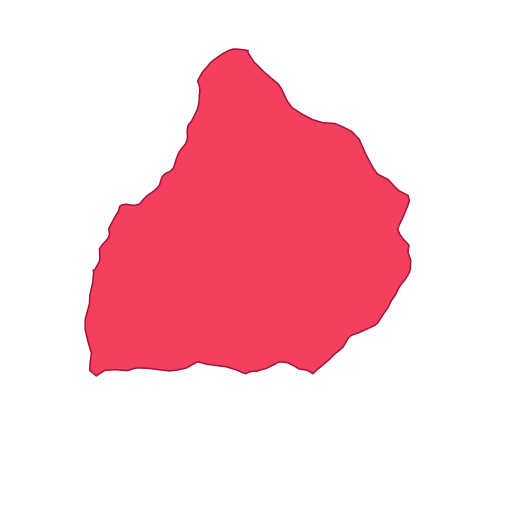 outline of Tsenkhar, Lhuntshi, Bhutan, rotated 27°
{"feature_id": "84629894B20725193756290", "entity_name": "Tsenkhar", "entity_type": "district", "adm_level": 2, "iso_a3": "BTN", "parent_name": "Bhutan", "parent_adm1": "Lhuntshi", "projection": "robinson", "projection_center": [91.225, 27.467], "detail": "fine", "context": "isolated", "style": "filled", "palette": "rose", "viewbox_px": 512, "rotation_deg": 27, "n_neighbors": 0, "source": "geoboundaries", "source_scale": "gbopen_adm2", "svg_char_len": 2409}
<svg xmlns="http://www.w3.org/2000/svg" viewBox="0 0 512 512"><g transform="rotate(27 256 256)"><path d="M117.4,342.6L119.0,345.0L122.3,352.9L125.9,366.8L129.2,373.9L130.6,380.6L132.5,389.7L137.0,398.9L144.2,407.5L153.6,417.5L156.6,426.4L159.9,433.5L168.1,435.4L173.2,426.5L182.5,421.1L193.7,416.4L197.7,412.3L201.0,409.6L211.2,404.9L220.8,401.5L231.4,397.5L238.0,393.1L244.9,387.3L251.9,376.8L261.1,374.8L280.3,368.1L291.5,366.2L295.7,366.2L300.0,365.6L303.3,361.8L306.7,359.2L308.7,358.7L311.9,355.3L312.6,354.8L316.3,351.4L318.4,348.6L321.5,344.4L324.0,340.6L326.3,339.1L329.1,337.9L332.9,336.7L340.0,336.7L345.6,337.1L348.9,336.0L352.8,334.8L356.6,334.6L358.2,334.8L360.2,335.0L362.2,329.1L364.5,324.1L368.4,314.6L369.7,310.3L371.0,306.8L373.7,300.8L374.9,297.7L375.1,295.1L375.5,287.0L376.5,284.4L378.1,282.1L381.8,278.5L391.2,266.6L393.7,263.3L394.9,260.0L395.3,255.0L396.0,249.1L396.9,243.0L397.0,241.9L396.9,234.3L397.9,227.3L397.7,221.6L397.9,217.3L398.5,213.7L399.5,209.8L400.0,203.7L400.0,200.6L399.4,197.1L398.1,194.5L396.9,191.9L395.9,189.6L392.4,186.3L389.9,183.8L388.7,181.3L388.0,178.2L387.3,176.9L385.3,176.1L381.4,174.8L377.7,173.3L373.8,171.0L372.1,169.4L370.3,168.2L369.5,163.6L369.5,156.8L368.8,147.3L368.3,141.6L367.6,137.1L364.0,133.0L361.0,133.0L353.7,132.9L348.0,131.2L339.0,127.9L327.0,127.8L320.7,124.6L308.2,115.9L294.7,105.0L284.4,101.5L274.8,101.6L266.1,102.1L255.1,106.9L244.4,108.8L231.9,108.6L220.7,107.4L212.8,103.3L203.3,95.8L197.7,92.6L189.0,90.7L181.0,88.8L165.5,83.8L156.4,78.3L155.7,76.6L152.7,77.4L147.0,79.5L142.3,81.6L140.9,82.8L138.4,85.2L137.5,86.6L135.8,88.9L134.5,90.8L132.5,94.4L131.0,97.3L129.1,101.0L127.6,104.5L126.8,108.8L125.4,113.4L124.7,117.5L124.7,119.8L124.5,123.9L124.5,125.8L124.7,126.9L126.9,128.7L129.2,131.4L131.5,135.5L132.7,139.2L135.2,144.2L137.0,150.7L137.3,155.9L137.4,159.9L137.3,165.3L136.4,168.9L136.4,171.4L137.3,174.1L138.3,176.6L140.2,179.8L141.7,183.0L142.3,187.8L140.8,195.0L140.3,199.3L140.9,205.6L142.5,214.9L141.2,219.4L138.1,223.2L136.4,227.4L136.8,231.3L137.8,236.3L137.1,240.3L134.7,246.0L131.6,251.6L129.8,257.2L128.5,262.8L124.8,266.0L120.0,267.9L116.8,268.8L113.7,271.0L112.0,273.5L112.6,276.0L113.0,279.6L112.5,285.7L112.4,293.8L112.4,298.6L115.6,303.1L116.2,306.5L115.3,311.0L113.8,316.0L113.3,320.7L116.0,325.5L118.8,330.9L118.8,335.9L118.5,341.8L117.4,342.6Z" fill="#f43f5e" stroke="#9f1239" stroke-width="1.5"/></g></svg>